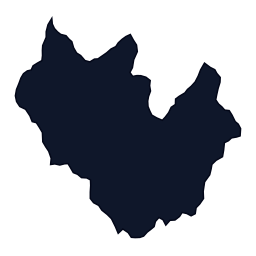 Ribeirão das Neves, Minas Gerais, Brazil
{"feature_id": "56859067B16245671145058", "entity_name": "Ribeirão das Neves", "entity_type": "district", "adm_level": 2, "iso_a3": "BRA", "parent_name": "Brazil", "parent_adm1": "Minas Gerais", "projection": "equal_earth", "projection_center": [-44.069, -19.777], "detail": "fine", "context": "isolated", "style": "filled", "palette": "ink", "viewbox_px": 256, "rotation_deg": 0, "n_neighbors": 0, "source": "geoboundaries", "source_scale": "gbopen_adm2", "svg_char_len": 1899}
<svg xmlns="http://www.w3.org/2000/svg" viewBox="0 0 256 256"><path d="M240.1,135.9L240.6,128.6L238.2,124.1L235.2,121.6L232.0,115.1L229.2,110.6L224.7,110.1L221.8,106.8L218.6,104.1L215.7,99.8L216.7,94.7L218.1,88.4L220.0,82.2L220.2,77.4L216.8,73.4L214.8,69.7L210.2,67.4L204.5,63.1L200.6,69.9L198.2,76.1L195.2,81.9L191.2,86.3L187.5,89.4L184.9,92.9L179.2,96.3L175.6,99.0L175.4,104.5L171.2,107.3L168.7,112.6L165.3,117.1L162.3,120.3L156.7,117.9L151.8,115.1L149.8,111.0L148.0,106.5L147.7,101.1L148.5,96.5L150.5,91.0L149.6,85.7L150.2,80.5L145.9,77.2L140.8,75.7L136.9,75.6L132.7,76.4L129.9,72.4L132.4,67.7L133.7,59.7L137.3,51.6L136.5,45.0L133.3,40.0L130.3,34.5L126.0,36.5L122.1,39.3L118.3,42.8L115.8,46.6L111.0,49.0L106.7,52.8L101.5,56.4L97.9,58.9L94.4,59.1L89.9,61.9L85.0,60.6L80.7,55.6L76.6,53.0L73.6,47.8L71.8,41.6L69.0,39.2L66.0,35.7L60.7,34.4L57.4,31.8L54.4,28.5L52.3,24.0L51.8,18.4L48.0,24.7L46.2,31.7L46.2,37.3L42.7,45.5L42.4,50.4L42.5,55.6L41.9,60.6L37.4,63.1L33.1,65.8L31.2,70.0L27.3,70.9L23.5,73.7L21.0,77.9L18.9,83.6L16.5,89.5L15.4,95.8L16.6,101.6L19.8,106.5L25.6,109.3L29.9,115.8L32.2,121.6L36.4,122.7L39.4,127.4L42.4,132.5L42.8,141.8L45.8,146.9L48.7,151.2L51.2,158.3L50.6,164.5L54.8,163.9L59.8,165.0L64.5,163.8L68.0,163.6L70.3,167.4L73.3,172.6L77.6,174.3L81.5,177.6L86.7,177.9L90.5,179.9L90.7,185.6L90.3,192.1L90.3,198.5L93.6,202.7L98.7,205.4L101.9,210.2L107.3,214.5L111.5,218.7L115.4,226.6L118.2,233.3L122.8,229.0L128.2,232.6L131.3,237.3L135.2,237.6L139.9,237.4L143.6,236.1L147.2,232.1L151.1,229.1L154.1,226.6L155.4,221.5L158.9,217.5L163.0,219.7L165.8,225.1L170.0,220.3L175.0,220.0L179.5,216.5L182.1,212.5L186.8,213.5L191.1,215.8L195.2,213.7L196.1,207.7L199.7,204.0L203.5,198.5L203.2,191.3L204.6,181.9L209.7,174.8L211.1,169.0L211.9,164.4L216.1,160.3L222.5,156.7L223.6,150.3L224.4,142.7L228.5,140.7L231.5,137.9L236.6,137.0L240.1,135.9Z" fill="#0f172a" stroke="#020617" stroke-width="1.5"/></svg>